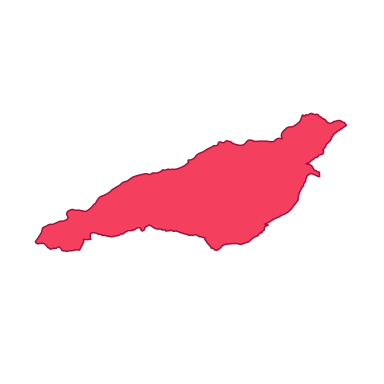 the district of Providencia, Nariño, Colombia, rotated 262°
{"feature_id": "7082276B88389252568355", "entity_name": "Providencia", "entity_type": "district", "adm_level": 2, "iso_a3": "COL", "parent_name": "Colombia", "parent_adm1": "Nariño", "projection": "albers", "projection_center": [-77.599, 1.239], "detail": "fine", "context": "isolated", "style": "filled", "palette": "rose", "viewbox_px": 384, "rotation_deg": 262, "n_neighbors": 0, "source": "geoboundaries", "source_scale": "gbopen_adm2", "svg_char_len": 6027}
<svg xmlns="http://www.w3.org/2000/svg" viewBox="0 0 384 384"><g transform="rotate(262 192 192)"><path d="M251.3,311.3L247.5,309.1L246.0,307.5L243.4,302.9L242.9,301.6L242.6,299.8L242.9,296.9L242.8,296.3L242.1,294.5L239.8,291.3L238.0,289.4L235.9,288.4L234.8,288.2L233.2,288.8L232.7,288.8L232.2,288.5L232.9,286.6L233.1,285.5L232.9,284.2L232.6,282.9L232.3,282.3L231.1,281.0L230.9,280.5L230.6,279.3L230.6,278.4L230.8,276.8L231.8,273.6L232.2,271.5L233.2,264.4L233.0,262.8L233.7,260.5L235.1,257.7L235.5,256.0L235.3,254.9L234.9,253.9L232.4,251.1L231.9,250.2L231.5,249.0L231.4,246.7L231.9,244.7L233.5,240.8L234.8,238.7L236.0,237.7L236.4,237.2L237.8,234.0L237.9,233.2L237.7,232.5L236.6,230.9L236.5,230.1L236.6,228.9L236.9,228.2L237.6,227.3L237.7,226.2L237.6,225.7L237.2,225.0L236.7,224.7L235.9,224.6L235.5,224.4L235.2,224.1L234.6,223.1L234.5,222.4L234.8,220.7L234.7,219.8L233.4,216.8L232.8,214.5L231.8,211.9L230.4,209.2L229.2,204.3L228.6,203.0L227.5,201.2L226.7,200.5L225.8,200.0L225.7,199.4L225.0,198.7L224.8,198.3L224.5,197.5L223.9,194.6L224.2,193.1L224.1,192.7L223.4,192.4L221.9,192.6L221.5,192.5L219.9,189.6L218.9,188.3L218.6,186.7L217.9,185.0L216.9,180.3L216.8,177.6L217.3,175.7L217.3,173.4L217.7,172.3L217.9,171.5L217.8,170.4L217.4,168.9L217.4,168.0L217.6,167.1L218.1,166.0L217.2,165.1L216.0,162.0L215.7,160.9L215.8,158.9L216.3,155.8L216.0,154.8L215.2,153.5L215.2,152.8L215.3,152.2L216.1,150.3L216.4,149.3L216.5,148.6L216.5,146.7L215.8,139.5L215.5,138.1L215.0,135.7L214.0,133.3L212.1,129.9L211.8,128.9L211.3,125.6L211.0,124.7L210.6,123.9L208.8,121.4L207.5,118.0L205.4,113.3L204.9,112.5L203.7,111.2L203.3,110.1L202.3,108.3L200.9,104.3L200.4,101.6L199.8,100.1L199.2,99.1L197.4,97.3L194.3,94.9L192.9,92.5L191.5,91.1L190.5,89.9L189.1,87.7L188.0,85.6L187.7,84.4L187.8,82.9L189.7,77.7L190.0,76.0L190.3,73.4L190.5,72.9L191.2,71.8L191.4,71.3L191.4,70.5L191.2,69.2L190.4,66.7L189.9,66.1L188.6,65.0L187.6,64.9L185.9,65.1L184.8,65.5L183.8,65.6L182.9,65.0L182.1,64.0L181.7,63.1L181.1,60.3L181.4,58.2L181.3,56.6L179.4,50.2L179.3,49.2L179.5,48.8L179.7,47.2L179.7,45.9L179.5,45.3L178.3,42.5L177.9,40.4L177.4,39.5L176.6,38.7L175.3,38.4L172.6,37.1L167.0,32.4L165.7,30.9L164.7,30.0L163.1,30.6L162.0,32.2L162.0,32.4L162.3,32.6L162.1,36.2L161.8,37.5L161.3,38.4L160.5,39.3L159.4,40.2L157.1,41.4L156.7,41.9L156.6,42.5L155.2,43.5L155.1,44.6L155.5,46.3L155.2,48.4L155.4,48.4L155.2,48.9L155.1,49.3L155.3,50.1L155.7,50.7L155.8,51.2L156.1,51.9L156.1,52.4L155.8,53.0L155.7,53.5L154.5,53.9L153.6,54.7L152.6,54.8L151.9,55.7L151.5,56.5L151.3,58.3L150.8,59.2L150.7,60.1L150.8,62.6L150.5,65.8L150.8,68.5L150.8,69.5L150.2,72.7L151.0,73.1L155.5,76.4L157.6,77.6L158.3,77.9L160.2,77.9L159.8,79.3L159.4,81.9L159.2,85.1L161.1,85.0L162.1,85.0L164.8,85.8L165.2,86.0L165.5,88.0L165.3,89.5L164.5,91.6L163.0,93.9L162.7,95.9L162.3,96.4L161.6,96.7L161.5,96.9L161.4,97.2L161.5,98.3L161.4,99.2L160.1,101.8L159.7,103.8L159.3,104.5L159.0,105.3L158.8,107.0L159.1,110.3L159.1,112.8L159.6,114.1L160.3,115.5L160.4,115.9L160.1,117.1L160.1,117.9L161.4,120.0L162.6,123.3L162.6,124.2L162.2,125.3L162.2,125.9L162.4,127.0L162.5,129.2L162.7,130.0L163.9,132.4L164.1,133.2L163.9,135.0L163.6,135.7L163.1,136.1L161.6,136.2L160.9,136.5L160.4,137.2L160.3,137.8L161.0,139.2L161.3,139.5L161.9,140.0L163.1,140.3L163.8,141.0L163.9,141.9L164.3,142.6L164.8,143.3L165.1,144.2L165.2,145.0L165.0,145.6L164.4,146.4L161.9,149.2L160.2,152.0L160.0,153.7L159.5,156.2L159.3,156.5L158.7,156.9L158.4,157.6L158.5,159.8L158.2,160.1L157.1,160.5L156.9,161.1L157.0,162.9L156.7,164.1L157.0,165.1L157.0,166.2L155.6,168.2L155.7,169.8L155.5,171.2L154.2,173.7L153.4,174.7L153.1,175.8L151.8,178.3L150.5,181.9L149.9,182.2L149.4,182.8L149.6,184.9L148.9,186.1L148.9,186.6L149.2,187.8L149.3,189.0L148.8,190.2L148.8,190.6L147.1,192.5L146.5,193.7L146.5,194.4L146.0,195.3L145.5,196.7L145.2,197.1L144.8,198.4L144.7,198.5L143.5,198.2L142.9,198.2L141.9,199.0L140.9,199.3L138.9,200.3L137.5,201.2L136.9,201.8L135.6,202.6L134.7,203.0L133.8,203.2L133.2,205.1L132.8,205.6L131.5,206.2L131.4,206.9L131.0,207.7L130.8,208.3L131.0,209.3L131.9,211.2L132.6,212.3L134.4,214.4L134.9,215.3L135.5,218.5L135.5,220.2L135.4,221.6L135.2,225.4L134.8,228.9L134.4,230.1L133.7,231.6L133.2,233.3L134.4,238.6L134.6,240.6L135.3,242.3L137.4,245.1L138.1,246.3L138.7,248.0L139.7,251.4L140.2,251.9L141.0,252.4L141.6,253.3L142.0,254.9L141.9,255.6L143.1,256.0L144.0,257.9L144.3,258.2L144.6,258.3L146.1,258.5L146.5,258.6L147.6,259.5L147.9,260.3L148.0,261.1L148.3,261.5L148.7,263.3L149.4,260.5L150.1,259.7L151.1,263.4L154.3,270.7L154.8,273.3L155.1,274.4L156.5,277.6L157.3,280.8L157.8,282.2L159.0,284.7L161.7,288.4L169.4,296.1L171.0,296.1L175.7,297.9L180.4,300.9L182.7,303.3L184.3,303.8L185.2,304.3L186.5,305.8L188.4,306.4L190.4,307.3L191.2,307.7L192.1,308.6L193.5,310.9L193.6,311.4L193.5,312.6L193.2,313.7L192.3,315.5L190.5,317.9L189.8,319.2L189.5,319.8L189.5,320.5L193.8,320.9L194.8,318.9L196.0,317.6L196.6,316.3L196.9,316.0L201.4,314.1L201.8,313.6L203.3,311.6L203.3,310.1L203.7,309.4L204.0,309.1L204.6,310.6L204.6,311.9L204.8,312.2L205.7,313.6L206.7,314.3L207.0,315.7L207.5,316.4L208.0,317.6L208.8,318.7L209.0,319.2L209.0,320.7L209.2,321.5L210.5,322.4L210.8,322.8L211.0,323.9L211.1,325.9L211.6,326.9L212.2,327.4L213.6,328.0L214.5,327.9L214.8,327.4L215.5,327.7L216.1,328.2L216.5,328.8L217.4,329.5L218.2,330.4L219.0,331.0L219.4,331.1L220.1,331.4L223.4,335.8L224.7,337.0L226.1,337.5L226.5,337.7L227.6,339.2L228.5,339.5L229.2,340.2L230.4,341.8L230.7,342.8L232.0,344.7L232.5,345.7L232.5,346.2L236.4,354.0L237.2,353.9L238.2,353.1L239.2,352.9L239.6,352.6L240.2,350.9L240.9,350.3L242.0,348.9L242.3,348.0L242.4,347.5L242.3,344.8L241.9,343.6L242.2,342.4L241.2,340.7L240.7,339.3L240.9,338.0L241.5,336.5L241.7,336.1L242.2,335.7L245.6,333.5L246.4,331.6L246.7,331.3L248.4,330.1L249.1,328.7L249.3,328.4L251.1,327.6L251.6,326.3L251.6,324.2L251.7,323.8L253.1,321.7L253.2,319.9L253.0,319.5L252.5,318.7L252.1,317.5L252.6,315.7L252.5,315.1L251.7,314.2L251.6,313.9L251.7,313.5L252.7,312.6L252.7,312.0L252.2,311.6L251.3,311.3Z" fill="#f43f5e" stroke="#9f1239" stroke-width="1.5"/></g></svg>